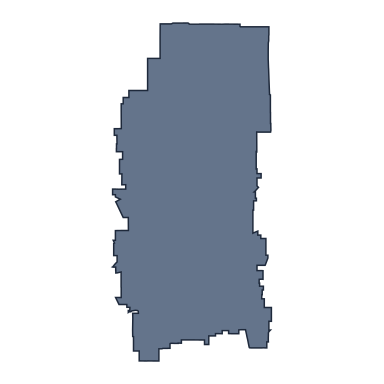 Dowerin, Western Australia, Australia
{"feature_id": "25037944B58207809126055", "entity_name": "Dowerin", "entity_type": "district", "adm_level": 2, "iso_a3": "AUS", "parent_name": "Australia", "parent_adm1": "Western Australia", "projection": "robinson", "projection_center": [117.124, -31.113], "detail": "fine", "context": "isolated", "style": "filled", "palette": "slate", "viewbox_px": 384, "rotation_deg": 0, "n_neighbors": 0, "source": "geoboundaries", "source_scale": "gbopen_adm2", "svg_char_len": 4842}
<svg xmlns="http://www.w3.org/2000/svg" viewBox="0 0 384 384"><path d="M266.8,347.9L266.8,341.9L268.4,341.9L268.4,341.7L268.3,341.1L268.3,339.4L268.3,337.4L268.4,335.1L268.4,333.1L268.4,332.8L268.5,332.5L268.6,332.3L268.7,332.1L268.7,331.9L268.8,331.8L268.9,331.7L269.0,331.6L269.1,331.4L269.4,331.1L270.4,330.1L268.9,330.1L268.9,321.3L271.4,321.3L271.4,307.5L264.3,307.5L264.3,298.8L261.7,298.8L261.8,294.7L262.2,294.7L262.2,290.0L263.4,290.0L263.4,286.2L259.6,286.2L259.6,283.1L259.1,283.1L259.2,279.3L261.9,279.2L263.0,279.3L263.0,278.2L263.0,275.7L263.0,274.5L263.0,273.1L263.0,271.3L263.0,270.8L263.0,270.7L261.8,270.6L259.7,270.6L258.3,270.6L258.1,270.6L257.0,270.6L257.0,265.3L265.1,265.3L265.2,265.2L265.3,264.9L266.3,262.3L267.8,258.3L267.9,258.0L267.9,257.2L267.9,255.2L265.9,255.2L265.9,248.3L265.9,242.4L265.9,238.5L264.1,238.5L261.8,238.5L260.8,238.5L260.8,238.4L260.8,235.1L257.8,235.1L257.8,231.1L256.1,231.8L253.7,232.8L252.9,233.2L252.9,221.7L252.9,210.1L253.6,210.1L253.6,206.0L253.6,204.2L253.6,200.9L256.4,200.8L256.4,198.2L255.4,198.2L255.4,191.9L254.4,191.9L254.2,191.9L254.3,191.8L254.4,191.7L254.6,191.6L254.8,191.4L255.0,191.2L256.2,189.9L256.7,189.4L257.1,188.9L257.4,188.6L257.6,188.4L257.7,188.2L258.5,187.4L257.0,185.9L257.0,178.0L261.1,178.0L261.1,173.6L257.0,173.6L257.0,168.9L256.2,169.0L256.2,151.6L256.8,151.8L256.7,132.0L258.4,132.1L270.6,132.1L270.9,130.3L270.8,125.8L270.8,123.5L270.5,123.5L270.5,121.1L270.5,113.0L270.5,112.6L270.4,112.6L270.4,112.2L270.4,94.9L269.5,94.5L269.6,94.2L269.6,93.8L269.5,93.5L269.0,80.4L268.6,68.9L268.5,67.5L268.3,61.6L268.2,59.2L268.2,53.9L268.2,51.2L268.3,42.9L268.7,40.9L268.7,39.9L268.7,35.7L268.8,35.5L268.9,34.7L268.9,30.0L268.9,26.8L265.9,26.8L258.4,26.8L246.3,26.8L244.6,26.8L240.4,26.8L240.3,26.7L240.2,26.6L240.0,26.4L240.0,24.2L227.0,24.1L224.8,24.1L222.2,24.2L212.9,24.1L206.2,24.1L199.3,24.1L198.9,24.2L190.0,24.2L189.8,24.2L189.6,24.2L189.4,24.1L189.1,24.0L189.0,23.9L188.9,23.8L188.9,23.6L188.7,23.5L188.6,23.3L188.4,23.2L188.2,23.1L187.8,23.0L187.6,23.0L178.1,23.1L173.3,23.1L173.1,23.1L172.9,23.1L172.7,23.2L172.4,23.3L172.2,23.5L171.9,23.6L171.6,23.8L171.4,23.8L171.2,23.9L169.7,23.9L161.6,23.9L160.2,23.9L160.1,37.7L160.1,39.9L160.1,40.1L160.1,58.4L147.6,58.4L147.6,76.8L147.6,84.4L147.6,90.5L137.8,90.5L137.7,90.5L128.9,90.5L128.9,97.5L127.7,97.5L123.2,97.5L123.2,103.8L121.2,103.8L121.2,109.6L121.3,128.6L117.0,128.7L116.9,128.7L114.3,128.7L114.3,129.9L114.3,132.7L114.3,134.5L114.3,135.3L116.9,135.3L117.0,143.9L116.5,143.9L116.5,148.6L116.4,148.6L116.4,151.7L119.2,151.7L121.2,151.7L122.6,151.7L122.6,159.3L119.5,159.4L119.5,168.2L119.5,173.9L120.0,173.9L121.9,173.9L121.8,184.8L125.7,184.7L125.7,185.3L125.7,189.1L118.6,189.2L115.4,189.1L112.6,189.1L112.6,192.2L112.6,192.4L112.6,194.7L115.4,194.7L115.4,196.9L120.3,199.2L115.7,201.8L116.3,202.9L123.2,217.5L128.3,217.5L128.4,230.5L121.6,230.5L115.4,230.6L115.4,233.7L115.4,240.3L113.2,240.3L114.5,243.1L113.7,243.5L113.7,248.2L113.7,248.9L113.7,255.6L117.1,255.6L117.1,261.9L117.0,262.0L115.8,263.2L114.6,264.5L113.7,265.7L113.3,266.2L113.1,266.5L112.8,266.9L112.6,267.0L112.9,267.1L115.7,267.1L115.7,270.3L115.8,270.3L115.8,273.0L117.2,272.9L121.1,272.0L121.1,274.4L121.1,280.5L121.1,287.2L121.2,287.3L121.2,297.5L115.6,297.5L119.0,304.5L123.7,304.5L126.8,304.5L126.9,307.3L129.9,307.4L129.8,310.5L128.3,310.5L128.3,312.4L128.9,311.9L130.2,311.8L130.8,311.8L131.8,310.9L135.5,310.3L136.4,310.4L137.7,310.6L138.0,310.9L138.3,311.3L138.4,313.3L132.7,313.3L132.7,313.6L132.8,318.0L132.8,318.8L132.6,330.4L132.7,336.5L133.5,336.6L133.5,345.4L133.5,351.0L139.2,351.0L139.2,360.9L140.0,360.9L147.1,361.0L147.5,360.9L157.4,361.0L158.9,361.0L158.9,348.8L159.0,348.8L160.0,348.8L161.6,348.8L161.8,348.8L162.0,348.8L162.2,348.7L162.4,348.6L162.7,348.5L162.8,348.4L163.0,348.4L165.5,348.4L166.9,348.4L168.7,348.3L170.0,348.3L170.0,347.7L170.0,346.0L170.0,344.9L170.0,344.1L170.0,343.9L170.0,343.7L170.3,343.4L170.6,343.4L171.3,343.3L172.2,343.3L172.3,343.3L174.8,343.4L178.2,343.4L178.2,343.1L181.4,343.2L181.4,339.9L188.8,339.9L192.6,339.9L204.5,340.0L204.5,344.5L208.8,344.5L208.8,335.9L215.5,335.9L215.5,333.6L222.2,333.7L222.2,330.6L228.6,330.6L228.6,333.6L231.6,333.7L234.9,333.7L235.2,333.7L236.7,333.7L236.8,333.7L238.8,333.7L238.8,329.9L241.0,329.7L242.5,329.7L243.9,329.7L245.4,329.7L245.5,329.7L245.5,329.8L245.8,331.1L246.2,333.0L246.6,334.8L246.8,335.9L247.1,337.3L247.7,339.8L248.1,341.9L248.3,343.0L248.5,344.0L248.7,344.9L248.9,345.9L249.0,346.5L249.1,346.8L249.2,347.1L249.2,347.3L249.3,347.4L249.4,347.7L249.5,347.8L250.4,347.8L250.6,347.9L251.2,347.9L252.5,347.9L253.2,347.9L254.9,347.9L256.3,347.9L257.6,347.9L258.1,347.9L258.3,347.9L258.7,347.9L259.3,347.9L261.0,347.9L262.0,347.9L263.6,347.8L265.0,347.9L266.6,347.9L266.8,347.9Z" fill="#64748b" stroke="#1e293b" stroke-width="1.5"/></svg>